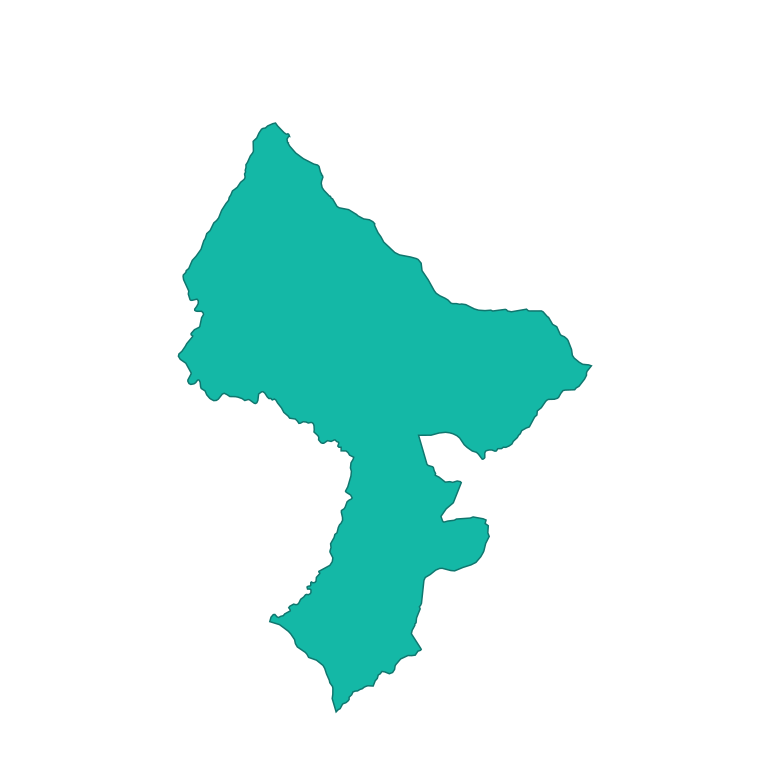 Nitibe, Ambeno, East Timor, rotated 67°
{"feature_id": "22284137B96760248350473", "entity_name": "Nitibe", "entity_type": "district", "adm_level": 2, "iso_a3": "TLS", "parent_name": "East Timor", "parent_adm1": "Ambeno", "projection": "albers", "projection_center": [124.176, -9.337], "detail": "fine", "context": "isolated", "style": "filled", "palette": "teal", "viewbox_px": 768, "rotation_deg": 67, "n_neighbors": 0, "source": "geoboundaries", "source_scale": "gbopen_adm2", "svg_char_len": 6170}
<svg xmlns="http://www.w3.org/2000/svg" viewBox="0 0 768 768"><g transform="rotate(67 384 384)"><path d="M621.7,454.3L618.3,450.0L616.9,449.3L616.3,447.8L612.0,445.4L605.1,438.6L602.9,438.5L602.0,436.8L600.5,435.2L580.4,424.0L578.2,421.6L577.4,415.8L575.5,409.1L575.5,404.9L576.4,402.4L581.8,395.4L583.6,392.0L583.7,383.0L584.5,374.5L584.1,369.0L580.8,362.4L577.9,358.6L576.7,357.3L570.5,352.7L565.4,346.7L561.6,346.6L555.2,343.4L551.9,345.4L549.1,343.2L546.8,345.4L541.2,353.9L541.1,357.0L536.6,370.1L536.9,372.5L535.1,378.8L534.6,382.4L534.2,383.2L532.9,383.6L528.1,383.3L523.2,375.5L520.4,366.6L505.0,351.4L503.7,351.9L501.9,354.5L501.4,359.2L499.6,361.6L498.3,365.9L491.3,369.7L488.0,372.5L486.5,371.5L483.7,371.7L480.1,371.2L479.1,371.7L476.3,375.1L474.7,375.8L444.7,372.2L449.5,360.7L450.6,352.5L452.5,346.2L454.6,342.6L456.8,339.9L460.0,337.1L463.3,335.4L471.2,333.9L474.9,332.2L480.1,329.0L483.0,325.6L485.4,324.5L491.5,323.0L491.9,322.3L491.5,320.5L491.0,319.9L486.9,318.2L485.6,316.8L485.4,315.7L485.8,313.0L486.9,310.5L489.2,308.1L489.5,306.7L488.0,304.5L489.4,301.0L488.8,298.9L489.9,296.6L489.9,292.9L489.2,289.7L487.3,287.4L485.4,282.2L483.8,280.2L483.1,278.1L480.7,275.4L480.1,270.1L480.3,267.0L473.3,258.3L472.3,255.4L468.7,253.4L467.3,248.5L463.1,241.9L462.5,240.2L462.4,238.7L464.6,233.1L464.9,229.9L464.5,228.5L461.7,224.9L460.0,221.8L460.4,219.6L463.8,210.7L462.7,208.6L462.3,205.4L457.8,197.4L455.1,194.2L453.1,193.4L451.7,192.2L448.3,186.0L446.4,188.1L443.5,193.4L440.3,195.8L434.5,198.8L431.2,199.4L425.5,197.9L415.8,197.6L414.0,198.0L411.0,199.5L408.6,201.8L407.2,202.4L398.8,202.6L395.0,205.5L387.0,206.5L385.6,207.4L379.8,209.3L378.3,210.5L373.7,221.4L372.9,222.6L370.8,223.6L367.3,238.5L365.1,241.7L363.5,242.3L362.7,243.2L359.3,255.4L357.8,256.8L355.9,262.4L353.0,268.1L350.1,271.6L342.9,277.7L340.7,281.3L340.2,283.2L338.2,286.1L336.9,289.3L335.8,290.7L331.7,292.3L328.9,294.3L324.5,298.2L320.9,300.5L317.8,301.3L305.4,302.6L294.5,304.7L287.3,302.6L282.8,303.9L281.3,305.1L277.5,309.9L271.2,319.3L267.2,322.7L253.3,328.8L247.5,329.3L242.4,330.4L235.0,330.7L233.7,330.5L232.9,329.9L230.3,330.8L227.1,333.3L224.1,338.2L219.0,342.3L217.5,342.9L209.7,348.4L204.3,356.4L202.2,357.9L193.5,359.0L192.2,360.0L190.3,360.0L189.8,360.8L182.3,363.6L179.0,364.2L174.9,363.4L173.0,362.3L169.7,359.4L167.8,359.2L167.2,359.8L165.8,359.4L164.5,359.7L158.3,358.8L156.5,359.6L154.1,362.7L145.1,370.2L136.9,375.0L128.4,377.8L125.2,378.2L124.7,377.8L123.9,378.4L120.7,377.6L118.7,374.9L119.2,374.2L117.1,374.1L116.1,374.7L116.2,375.7L115.7,376.4L113.6,377.8L104.9,381.1L101.4,381.9L100.9,384.7L101.0,390.3L102.0,393.1L101.4,395.6L101.6,397.2L104.2,401.1L107.8,405.0L109.5,409.6L118.8,413.3L120.0,414.7L121.9,418.0L126.6,423.0L128.2,425.4L130.7,426.4L133.0,428.2L134.8,428.6L136.2,430.3L139.3,431.0L140.2,431.8L141.0,432.8L142.3,437.2L145.6,442.2L147.1,448.1L150.1,451.1L151.7,453.5L154.2,455.3L156.1,458.9L160.7,465.6L166.5,471.3L168.1,474.2L169.2,477.7L174.8,484.1L176.3,488.4L180.2,491.7L181.7,493.9L188.5,499.8L193.0,507.1L195.3,512.2L201.4,518.6L202.3,521.7L203.9,522.9L205.2,526.1L206.5,526.9L209.6,527.7L222.2,527.4L224.7,529.0L230.6,529.6L231.5,529.1L232.0,527.9L232.8,523.0L234.7,522.4L237.4,523.6L239.4,526.1L241.1,529.0L242.3,529.4L243.4,528.6L244.1,527.5L245.8,523.5L247.8,522.7L249.6,523.0L251.7,526.0L259.1,531.1L259.6,532.1L259.9,537.2L262.1,541.8L263.3,542.3L265.0,541.3L265.7,541.9L269.7,549.7L271.7,552.2L274.9,557.2L276.2,561.0L278.1,562.4L281.7,561.9L287.4,558.3L298.2,557.2L299.3,557.6L303.7,563.0L305.0,563.5L307.4,563.3L308.9,562.0L309.6,558.8L309.2,556.8L307.6,554.2L307.7,553.2L308.4,552.6L310.7,552.6L314.9,553.9L316.7,554.0L320.5,551.4L324.7,551.4L329.1,550.0L330.5,549.1L332.8,547.2L333.6,544.7L333.2,542.4L330.1,536.8L330.1,534.7L332.5,532.6L335.3,530.8L337.6,525.7L339.0,523.6L342.0,520.3L344.8,518.6L345.2,515.2L345.8,514.1L351.1,510.9L351.8,509.8L351.5,508.3L349.8,506.5L344.2,503.3L343.4,499.7L343.8,498.4L345.7,497.3L350.3,496.5L352.4,495.6L353.2,493.7L355.0,493.1L355.0,490.8L356.5,489.8L359.8,489.4L366.1,487.7L371.0,487.3L376.0,484.8L378.6,484.2L381.6,479.3L384.3,478.2L387.0,477.7L387.4,476.2L387.1,473.2L388.6,470.5L390.3,469.0L390.9,466.1L391.7,465.1L392.9,464.6L395.0,464.7L398.9,466.1L400.8,467.2L405.8,465.0L407.6,464.9L409.8,466.0L413.3,465.0L414.4,464.0L415.0,462.6L414.1,458.1L416.2,455.1L416.1,451.5L416.6,450.7L418.4,450.1L419.9,448.6L421.0,448.9L423.1,450.8L424.6,450.2L425.5,448.2L428.8,449.6L430.7,445.2L433.0,443.9L436.0,443.5L439.6,440.5L441.2,441.8L443.7,445.2L448.2,447.7L451.6,448.1L455.8,450.4L464.5,457.5L467.6,461.3L468.9,461.1L473.1,458.1L476.4,457.8L477.1,458.9L477.3,461.8L478.0,464.0L482.3,468.0L483.3,469.6L483.8,472.6L485.4,473.4L490.5,474.3L493.3,475.4L495.5,478.1L496.2,479.9L498.2,482.1L502.6,485.4L503.3,488.0L505.8,489.9L510.2,495.6L513.9,496.7L516.8,499.1L517.9,499.4L524.0,499.0L527.3,501.0L529.8,504.7L531.0,517.2L531.7,517.4L532.9,516.9L533.5,517.3L535.6,521.8L538.9,523.6L539.6,524.9L539.5,526.2L538.9,527.5L537.9,528.0L537.9,528.4L538.2,529.0L540.8,530.2L541.0,531.0L540.5,532.9L540.8,534.2L542.9,534.5L543.9,532.2L545.1,531.7L547.5,532.8L548.3,534.2L548.4,535.9L547.4,537.6L547.4,538.7L548.7,541.1L549.6,544.8L552.2,547.8L553.1,549.6L552.8,551.2L551.3,553.2L551.8,557.6L552.7,559.1L555.1,558.6L556.2,558.9L556.8,565.1L557.9,567.3L557.5,570.0L557.8,572.2L556.7,573.4L553.5,574.5L553.0,576.0L554.5,579.1L558.1,582.0L564.7,574.2L574.0,568.8L577.5,567.5L584.3,566.2L588.5,567.0L592.2,566.5L600.3,561.3L602.8,560.5L606.2,560.2L611.8,554.1L619.2,550.1L622.7,549.7L628.5,550.2L635.3,550.1L637.8,550.6L642.4,549.6L644.2,550.0L649.5,552.3L653.3,554.6L667.1,556.2L665.9,553.4L665.7,551.2L662.6,547.4L662.3,546.3L662.5,543.7L661.8,541.2L660.8,539.4L658.7,538.5L657.4,535.1L655.4,533.0L655.4,530.7L656.2,528.2L655.8,525.6L656.0,523.0L655.3,520.6L655.3,518.1L655.5,516.7L657.8,512.0L653.8,508.1L652.4,505.2L649.6,503.0L649.3,500.7L647.8,498.2L649.3,495.8L652.8,492.3L652.9,488.8L650.9,485.8L647.8,483.9L646.9,482.7L643.6,476.1L643.3,468.0L644.8,464.8L645.8,461.2L643.2,457.2L643.4,454.4L642.8,453.4L641.7,453.5L624.6,456.4L621.7,454.3Z" fill="#14b8a6" stroke="#0f766e" stroke-width="1.5"/></g></svg>